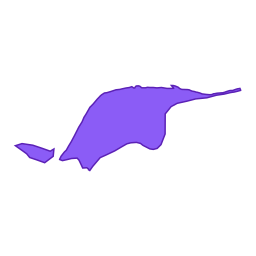 the district of Al Waqf, Qina, Egypt
{"feature_id": "37247803B80470796626605", "entity_name": "Al Waqf", "entity_type": "district", "adm_level": 2, "iso_a3": "EGY", "parent_name": "Egypt", "parent_adm1": "Qina", "projection": "equal_earth", "projection_center": [32.474, 26.086], "detail": "fine", "context": "isolated", "style": "filled", "palette": "violet", "viewbox_px": 256, "rotation_deg": 0, "n_neighbors": 0, "source": "geoboundaries", "source_scale": "gbopen_adm2", "svg_char_len": 2066}
<svg xmlns="http://www.w3.org/2000/svg" viewBox="0 0 256 256"><path d="M239.9,88.4L239.6,88.5L239.4,88.5L238.4,88.7L237.6,88.8L236.2,89.2L234.5,89.8L233.2,90.3L232.4,90.5L231.9,90.5L231.4,90.5L230.6,90.5L229.7,90.6L229.0,90.8L228.3,91.0L227.0,91.4L225.8,91.8L225.6,91.9L224.9,92.2L223.7,92.5L222.8,92.8L222.4,92.8L222.0,92.8L220.8,92.9L219.7,93.0L218.6,93.1L218.3,93.1L217.3,93.2L216.0,93.4L215.2,93.6L214.5,93.7L213.5,93.8L213.1,94.0L212.3,94.3L211.6,94.6L211.0,94.6L210.7,94.7L209.4,94.7L206.0,94.4L202.1,93.9L199.9,93.0L197.4,92.3L195.6,92.0L194.8,91.6L192.0,91.1L190.1,90.3L189.4,89.9L187.8,89.6L184.9,89.5L181.7,89.4L179.8,88.6L178.1,87.2L175.2,86.0L173.1,85.5L171.4,85.5L172.1,86.4L173.2,87.4L173.5,88.3L171.7,88.4L167.0,88.4L166.9,88.4L161.4,87.5L156.9,87.9L153.4,87.5L149.9,87.5L147.5,87.3L145.5,87.8L143.9,87.8L142.0,87.8L141.9,87.8L141.1,87.3L139.9,86.3L138.8,85.9L137.5,85.9L136.2,86.0L135.3,86.9L134.8,87.9L133.8,88.0L131.8,86.7L131.2,86.9L129.7,87.4L129.6,87.5L126.0,88.0L121.9,88.9L119.9,89.4L116.0,89.8L110.2,91.7L106.8,92.7L104.4,93.0L101.6,94.8L100.0,96.2L99.8,96.5L97.3,99.1L95.2,101.6L93.0,104.2L89.9,107.3L88.1,110.5L86.0,114.2L84.0,117.3L82.1,121.8L78.8,127.1L74.5,135.6L71.3,141.6L68.7,145.9L66.3,150.2L64.4,152.0L62.5,154.4L61.1,156.2L59.6,159.4L59.6,159.5L62.4,160.6L62.5,160.6L67.0,159.6L71.5,158.5L76.0,158.2L77.1,158.1L78.9,160.0L79.6,161.4L81.5,165.4L82.7,168.0L85.0,167.9L86.7,167.7L88.5,169.0L88.5,169.7L89.8,170.5L92.7,166.4L100.2,157.6L105.8,155.1L114.7,150.9L118.1,148.9L121.3,147.0L126.9,143.8L130.8,142.8L136.5,142.4L140.5,143.4L142.9,145.3L144.2,146.0L145.2,146.5L149.9,148.9L153.3,149.4L157.2,148.4L161.0,144.6L165.1,134.0L165.2,113.9L171.1,106.6L177.2,103.3L186.8,101.2L195.7,98.9L206.9,97.8L216.5,95.2L224.1,94.1L227.9,93.2L230.4,92.6L232.8,92.2L233.9,92.1L237.3,91.3L240.6,90.4L240.5,89.7L240.2,89.0L239.9,88.4ZM36.3,159.7L44.7,162.7L53.2,156.3L53.9,149.0L50.2,151.2L46.0,149.7L41.8,148.2L32.8,145.2L22.0,143.6L15.4,145.7L23.7,151.6L26.7,153.8L29.7,157.5L36.3,159.7Z" fill="#8b5cf6" stroke="#5b21b6" stroke-width="1.5"/></svg>